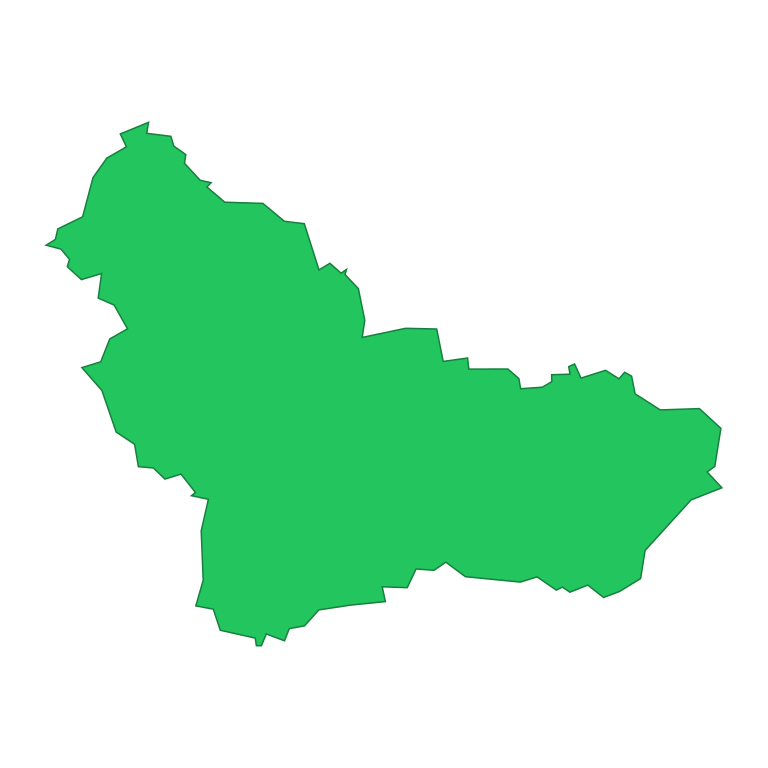 outline of Mogila, Mogila, North Macedonia
{"feature_id": "65306769B16932285740052", "entity_name": "Mogila", "entity_type": "district", "adm_level": 2, "iso_a3": "MKD", "parent_name": "North Macedonia", "parent_adm1": "Mogila", "projection": "natural_earth1", "projection_center": [21.425, 41.178], "detail": "fine", "context": "isolated", "style": "filled", "palette": "green", "viewbox_px": 768, "rotation_deg": 0, "n_neighbors": 0, "source": "geoboundaries", "source_scale": "gbopen_adm2", "svg_char_len": 1429}
<svg xmlns="http://www.w3.org/2000/svg" viewBox="0 0 768 768"><path d="M350.5,605.1L385.4,601.6L382.2,586.8L407.2,587.7L416.1,569.0L434.0,570.3L445.8,562.2L465.4,576.7L520.3,582.1L537.1,576.9L556.3,590.1L562.4,587.1L569.9,592.2L587.8,585.1L603.6,597.5L619.5,591.5L640.6,578.6L645.1,550.5L691.1,499.9L721.9,487.8L707.2,472.0L714.8,466.4L720.9,428.4L699.4,408.6L660.2,409.9L635.1,393.8L631.6,376.1L624.6,372.3L619.0,378.8L605.5,370.3L581.0,378.1L574.6,364.0L568.7,366.6L570.0,374.2L551.6,374.7L551.8,381.6L542.3,387.2L520.6,388.7L518.9,378.6L507.9,369.0L468.8,369.1L467.6,358.0L443.2,361.4L436.7,329.0L405.5,328.3L362.2,337.4L364.8,320.3L358.4,288.7L345.0,274.5L346.5,269.5L341.1,273.2L329.9,263.3L319.0,269.9L304.3,223.7L284.4,221.3L262.9,203.4L224.8,202.2L206.9,187.0L211.1,182.7L200.2,180.3L184.5,163.3L185.8,154.6L173.8,146.1L170.9,136.3L146.7,133.3L148.6,122.3L120.3,133.9L126.4,146.8L106.8,158.1L93.0,177.6L82.6,216.8L57.8,228.9L55.4,239.4L46.1,245.2L60.9,249.1L69.5,259.3L67.3,266.7L81.4,279.6L101.6,273.5L98.2,298.1L114.1,305.1L127.5,328.8L109.8,338.9L100.7,361.8L81.9,367.6L101.9,390.5L116.2,432.1L134.6,444.3L138.4,466.7L153.4,468.0L164.9,479.1L181.0,474.1L195.4,492.5L191.4,495.7L208.4,499.3L201.2,530.9L203.2,580.3L195.8,605.9L213.3,609.2L220.3,630.3L255.2,638.1L256.4,645.7L261.4,645.7L266.3,634.0L284.5,640.8L289.3,628.6L304.5,625.9L318.9,609.9L350.5,605.1Z" fill="#22c55e" stroke="#15803d" stroke-width="1.5"/></svg>